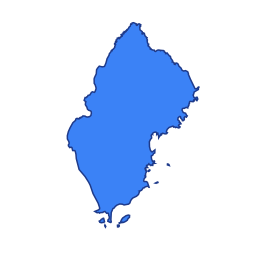 Sumbawa Barat, Nusa Tenggara Barat, Indonesia (Natural Earth projection), rotated 204°
{"feature_id": "22746128B87271379033569", "entity_name": "Sumbawa Barat", "entity_type": "district", "adm_level": 2, "iso_a3": "IDN", "parent_name": "Indonesia", "parent_adm1": "Nusa Tenggara Barat", "projection": "natural_earth1", "projection_center": [116.899, -8.8], "detail": "fine", "context": "isolated", "style": "filled", "palette": "blue", "viewbox_px": 256, "rotation_deg": 204, "n_neighbors": 0, "source": "geoboundaries", "source_scale": "gbopen_adm2", "svg_char_len": 5784}
<svg xmlns="http://www.w3.org/2000/svg" viewBox="0 0 256 256"><g transform="rotate(204 128 128)"><path d="M124.4,38.3L121.8,38.0L120.4,38.9L119.3,38.7L118.9,39.4L116.6,40.6L116.4,41.3L115.1,42.4L112.8,41.4L111.7,42.1L111.1,41.9L109.9,40.1L109.0,39.4L108.3,37.4L108.9,36.2L108.5,34.6L105.8,34.5L105.2,34.8L105.1,35.4L106.3,37.2L108.9,43.9L109.0,48.3L108.2,49.1L107.7,51.2L106.7,53.1L104.7,55.2L102.2,56.1L100.3,56.1L96.5,58.7L95.8,60.2L96.0,62.8L95.6,64.8L95.0,66.2L92.5,69.1L91.4,71.5L91.6,74.2L91.4,75.4L91.6,75.2L91.8,75.2L90.3,76.6L89.7,79.5L88.7,80.1L88.4,81.2L86.5,82.7L85.5,82.9L85.1,82.4L84.7,82.5L88.2,86.3L89.5,86.5L91.4,85.7L92.0,85.9L92.3,86.4L92.6,88.3L91.9,90.5L92.1,90.9L92.6,90.6L93.1,91.5L92.8,92.1L93.4,93.5L93.4,95.6L95.5,98.4L95.8,98.0L95.7,97.6L95.9,97.8L95.9,99.0L94.2,99.8L94.9,100.0L94.9,100.5L95.7,100.9L95.8,101.4L94.9,102.1L94.4,103.8L93.6,103.1L92.5,103.4L91.8,103.0L91.1,104.0L90.2,103.9L90.2,104.4L90.9,104.8L90.8,105.7L89.4,106.5L90.2,106.5L90.3,107.1L90.9,107.2L90.1,107.7L90.2,108.4L90.8,108.6L91.5,107.7L92.0,107.7L93.7,109.0L95.1,111.3L95.3,112.2L94.8,112.5L94.3,113.5L94.3,115.0L93.4,116.1L94.5,118.9L96.1,116.0L97.0,115.9L98.7,117.0L100.8,119.7L102.9,124.1L102.8,127.0L102.3,128.2L102.7,129.3L103.6,130.2L103.8,131.2L103.4,132.2L102.8,132.1L103.3,133.1L102.8,134.2L101.6,135.3L100.7,135.6L99.8,135.2L99.4,134.3L99.3,135.3L98.6,135.4L98.1,134.1L97.0,133.6L96.0,131.6L95.8,133.2L95.2,134.6L95.5,134.8L95.5,135.9L95.0,136.3L94.6,136.0L94.6,136.9L94.2,137.3L91.7,137.7L90.4,138.5L90.1,139.7L91.3,139.8L91.6,141.1L91.6,142.8L90.7,145.2L87.7,148.0L87.0,147.9L86.7,147.4L85.7,148.0L84.8,147.7L84.2,148.4L81.5,148.7L81.4,149.5L80.9,149.7L81.1,150.4L82.6,150.5L82.9,150.9L82.6,152.3L81.3,153.4L82.6,154.3L83.4,154.1L83.5,154.7L84.4,155.4L85.9,155.8L86.4,157.7L85.6,159.5L84.7,159.7L83.7,158.4L82.0,157.7L81.3,156.8L80.7,157.0L80.7,157.6L80.1,157.9L80.0,158.4L80.2,159.3L80.9,160.0L80.8,160.9L80.4,161.6L79.1,161.6L78.8,163.2L79.7,163.5L81.4,164.9L83.8,164.6L85.9,166.3L86.2,167.5L85.7,168.4L84.6,168.8L83.3,170.5L81.8,170.6L82.1,171.0L81.5,172.0L81.9,173.1L81.6,173.5L82.1,174.9L81.8,175.3L82.4,176.6L82.1,177.6L79.2,178.5L79.1,179.4L78.8,179.2L78.5,179.7L78.8,180.2L79.3,180.1L79.2,180.8L77.1,181.8L76.7,181.1L76.2,181.0L76.0,182.8L77.3,184.2L78.2,183.8L78.2,182.9L78.6,182.5L80.2,182.8L81.9,184.6L81.8,185.8L82.2,187.8L79.4,191.8L79.6,192.5L80.2,192.9L79.8,194.2L80.0,194.3L80.6,193.6L80.8,192.6L81.8,191.4L82.8,191.2L91.0,198.1L94.7,201.6L95.0,202.4L96.4,203.7L98.8,203.8L100.3,202.7L102.0,202.7L104.1,204.4L106.6,205.2L108.1,206.7L109.2,207.1L110.3,207.0L110.9,206.5L110.8,205.2L111.5,205.1L112.0,205.4L112.1,206.1L113.9,206.7L114.4,206.4L114.7,207.7L117.4,209.2L117.9,210.2L118.8,210.8L119.3,210.6L122.8,212.4L123.2,211.6L123.9,211.3L124.1,212.0L125.8,212.3L125.9,212.9L127.0,213.2L129.6,212.3L129.9,211.8L130.4,212.1L132.0,211.6L132.9,210.9L134.0,209.1L134.9,209.1L135.7,209.8L136.9,209.3L139.6,209.2L139.5,209.9L140.4,210.0L140.9,210.6L142.8,211.1L142.9,211.9L143.2,211.8L143.3,213.0L144.0,212.9L145.1,214.1L146.1,215.6L146.0,216.2L147.4,217.5L147.4,218.1L147.8,217.9L148.8,218.8L150.0,219.1L151.1,220.5L151.5,220.6L151.6,221.1L152.4,221.2L152.8,219.9L153.4,219.7L153.8,220.3L153.7,221.2L154.2,221.8L156.9,222.5L158.3,224.9L157.9,225.7L158.3,225.8L158.2,227.1L158.8,226.8L159.0,227.6L160.2,227.7L160.8,227.2L161.4,226.2L161.3,225.7L161.8,225.3L162.5,225.6L162.6,226.5L165.7,226.5L167.0,225.6L166.9,224.3L167.8,224.1L167.3,221.9L168.1,220.5L168.0,218.9L169.0,217.4L168.6,216.9L169.4,216.2L169.0,215.8L169.1,215.2L169.7,214.3L170.0,214.8L170.6,214.6L170.4,214.1L171.2,213.4L171.1,212.7L170.2,212.9L170.2,212.2L171.5,211.4L171.6,210.4L172.1,210.7L172.3,210.5L171.5,209.7L170.7,209.9L170.7,209.4L171.1,208.9L171.5,209.3L171.7,207.8L172.3,207.4L172.0,206.8L172.2,206.2L173.3,206.6L173.4,205.8L174.3,205.8L174.1,204.0L174.6,203.5L173.6,202.5L174.5,202.1L174.5,201.5L173.8,201.3L174.5,199.8L173.6,199.4L174.0,199.0L173.3,198.6L173.3,197.1L172.9,196.4L173.5,194.0L174.3,193.1L173.9,192.2L174.7,191.8L174.6,190.7L175.2,188.4L175.2,187.7L174.9,187.2L175.3,182.8L174.6,178.5L174.5,174.7L176.3,173.4L179.4,172.8L180.2,170.2L180.4,168.4L179.0,164.5L179.1,160.4L178.9,159.0L177.0,155.0L175.6,154.1L173.6,151.8L173.1,150.7L172.9,147.9L173.2,146.9L175.2,146.6L175.9,145.7L176.3,142.7L177.8,141.5L177.8,140.1L178.3,139.8L178.6,138.7L179.6,138.4L179.3,135.4L177.1,134.8L177.2,134.1L176.4,131.9L174.0,130.3L172.7,128.7L171.2,128.2L169.1,128.4L168.3,128.0L167.5,126.7L167.0,124.3L167.7,122.8L169.3,121.6L170.8,121.2L172.0,121.4L174.1,120.7L174.4,119.5L175.3,118.9L175.3,117.9L176.2,117.8L176.4,116.4L176.8,116.2L177.4,116.4L177.9,115.9L178.5,116.1L179.2,115.3L179.3,114.6L179.0,113.7L180.5,110.4L181.0,104.5L181.0,100.5L180.3,96.3L178.9,93.3L176.6,91.6L175.7,90.4L175.4,89.6L175.6,88.3L175.1,87.4L173.2,86.4L172.3,87.3L171.3,87.3L169.4,84.9L167.4,85.7L166.6,85.1L164.9,82.9L162.7,78.9L155.8,70.2L147.5,66.2L141.9,62.5L139.3,60.4L133.2,53.8L124.7,47.2L121.7,43.9L121.0,42.6L121.6,41.2L124.4,38.3ZM96.6,39.1L96.1,38.5L94.9,39.2L95.1,39.5L94.6,39.8L93.7,39.9L92.1,41.8L91.1,43.6L91.1,45.3L90.3,46.9L91.0,48.8L92.3,48.6L94.1,47.1L96.2,43.7L96.6,41.9L96.6,39.1ZM115.4,30.4L113.8,30.6L111.7,32.0L111.3,32.8L113.5,35.6L114.0,35.5L114.3,34.7L115.2,33.8L115.6,32.2L116.4,31.2L115.4,30.4ZM97.3,33.4L96.7,33.6L96.1,34.3L96.1,34.9L96.5,35.6L97.4,35.5L98.1,34.9L97.3,33.4ZM91.2,98.6L92.3,97.2L92.0,96.6L91.5,96.7L90.9,97.6L90.8,98.4L91.2,98.6ZM77.3,111.2L77.0,110.3L75.0,110.5L75.8,111.3L76.5,111.4L77.3,111.2ZM79.2,90.6L80.0,89.3L79.6,89.3L78.5,90.2L78.5,90.6L79.2,90.6ZM109.6,30.0L109.5,29.2L108.3,28.3L108.3,29.1L109.6,30.0ZM97.0,38.1L97.5,37.8L97.4,37.5L96.9,37.5L97.0,38.1ZM80.6,88.8L80.1,88.9L80.2,89.3L80.6,88.8Z" fill="#3b82f6" stroke="#1e3a8a" stroke-width="1.5"/></g></svg>